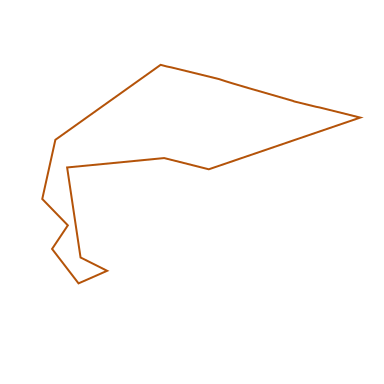 the district of Bristol, Virginia, United States of America, rotated 194°
{"feature_id": "52423323B64207723161036", "entity_name": "Bristol", "entity_type": "district", "adm_level": 2, "iso_a3": "USA", "parent_name": "United States of America", "parent_adm1": "Virginia", "projection": "equal_earth", "projection_center": [-82.171, 36.636], "detail": "fine", "context": "isolated", "style": "outline", "palette": "amber", "viewbox_px": 384, "rotation_deg": 194, "n_neighbors": 0, "source": "geoboundaries", "source_scale": "gbopen_adm2", "svg_char_len": 458}
<svg xmlns="http://www.w3.org/2000/svg" viewBox="0 0 384 384"><g transform="rotate(194 192 192)"><path d="M46.8,304.9L81.8,304.9L83.8,304.9L88.6,304.9L92.2,304.7L114.9,304.6L115.9,304.8L162.4,306.5L178.8,307.2L186.2,307.6L193.1,308.1L242.3,307.9L246.8,307.7L253.2,307.8L337.2,209.6L335.6,149.0L304.4,129.6L314.0,102.9L280.0,75.9L255.3,95.0L284.3,101.5L319.1,185.6L227.2,218.2L181.2,218.1L46.8,304.9Z" fill="none" stroke="#b45309" stroke-width="2"/></g></svg>